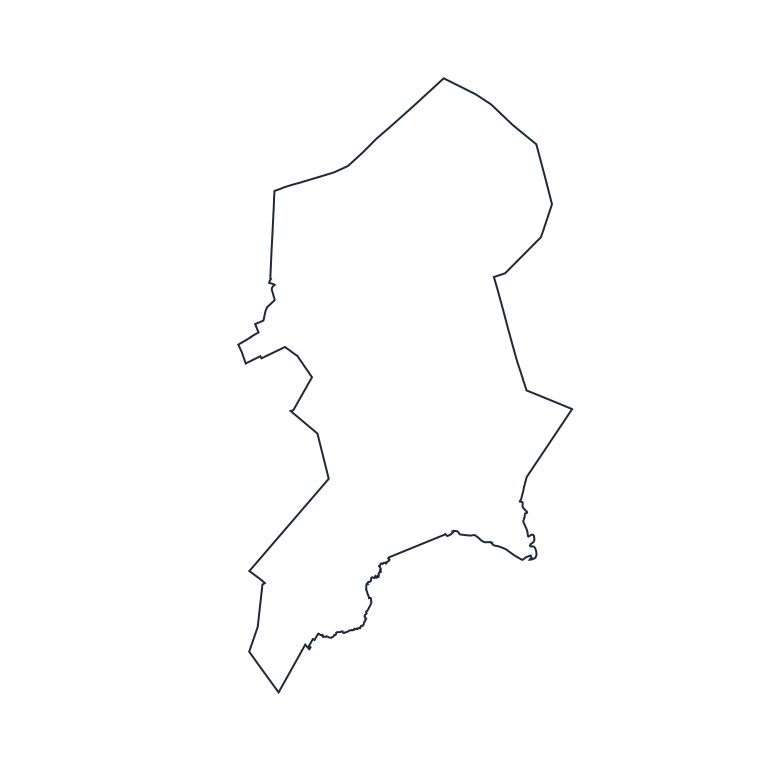 Hellendoorn, Overijssel, Netherlands (Mercator projection), rotated 148°
{"feature_id": "6326949B74345201863020", "entity_name": "Hellendoorn", "entity_type": "district", "adm_level": 2, "iso_a3": "NLD", "parent_name": "Netherlands", "parent_adm1": "Overijssel", "projection": "mercator", "projection_center": [6.481, 52.39], "detail": "fine", "context": "isolated", "style": "outline", "palette": "slate", "viewbox_px": 768, "rotation_deg": 148, "n_neighbors": 0, "source": "geoboundaries", "source_scale": "gbopen_adm2", "svg_char_len": 5950}
<svg xmlns="http://www.w3.org/2000/svg" viewBox="0 0 768 768"><g transform="rotate(148 384 384)"><path d="M171.4,611.6L210.4,604.3L243.2,598.7L260.5,596.0L268.6,594.1L279.3,591.6L298.9,588.0L314.1,589.9L348.7,599.3L354.9,601.2L363.1,603.4L366.6,604.2L367.5,604.2L372.1,605.2L374.5,605.8L378.1,600.8L384.6,591.2L387.5,587.1L396.9,573.5L408.2,557.4L424.6,533.6L424.2,533.0L425.9,532.1L426.6,531.8L427.8,530.6L426.8,529.6L425.9,528.5L425.2,527.7L424.2,526.1L426.8,525.5L427.5,525.2L428.4,524.6L429.1,523.7L432.0,513.6L432.4,513.0L442.4,511.1L445.9,508.6L452.4,501.9L452.8,501.7L461.5,503.1L463.1,494.2L466.6,494.4L472.2,494.5L472.2,494.2L486.7,494.6L487.8,485.9L490.4,474.7L474.1,473.1L474.3,470.7L453.2,468.4L448.4,467.9L442.8,454.0L442.6,454.0L441.5,427.9L474.6,409.9L477.5,410.5L466.7,377.2L481.1,332.9L597.3,296.7L592.4,284.2L590.5,278.3L593.4,278.3L619.6,245.2L620.1,244.7L640.2,228.4L638.7,205.4L636.8,178.3L588.9,204.7L588.0,198.7L587.8,198.6L585.8,199.7L585.9,200.0L586.2,200.4L586.7,201.4L579.5,205.4L579.0,204.7L578.6,203.7L572.9,206.8L572.7,206.6L572.0,207.0L571.6,206.5L571.3,206.0L571.1,205.3L570.7,204.7L569.3,203.9L569.1,203.7L569.0,203.4L569.1,202.9L569.2,202.7L569.9,202.6L569.9,202.2L569.8,201.9L568.8,201.4L567.9,200.8L567.5,200.5L566.8,200.7L566.2,200.3L565.7,199.6L565.2,198.5L564.7,197.9L563.8,197.2L563.2,196.8L560.4,196.7L559.5,197.3L559.2,197.4L558.6,197.0L558.0,196.9L557.4,197.2L556.7,198.0L556.4,198.2L556.0,198.4L555.7,198.4L555.4,198.4L552.8,196.9L551.5,196.7L551.1,196.5L550.6,196.1L550.3,196.1L550.3,195.9L550.4,195.1L550.3,194.4L549.6,193.9L548.8,194.0L547.7,193.6L547.0,193.4L546.7,193.4L545.5,193.2L544.4,193.3L543.7,193.1L542.6,192.9L542.2,192.7L541.7,192.0L541.6,191.9L541.0,191.9L540.2,191.7L539.7,191.4L539.3,191.5L539.0,192.0L538.8,192.0L538.4,191.7L537.6,190.9L536.8,191.0L536.5,190.4L536.3,190.2L536.1,190.3L535.9,190.5L535.2,190.3L534.9,190.5L534.2,190.0L533.6,189.6L533.2,189.8L532.6,190.6L532.2,190.9L531.8,191.0L531.1,190.9L530.6,190.3L530.3,190.2L529.6,190.6L528.7,190.8L528.4,191.0L528.0,191.7L527.1,192.3L526.8,192.7L526.5,192.7L525.5,193.0L525.2,193.4L524.6,193.7L524.5,193.8L524.4,194.4L523.5,194.4L523.4,194.9L523.6,195.8L523.6,196.5L523.5,197.0L523.6,197.4L523.5,197.5L523.1,197.6L522.8,198.0L522.2,198.3L521.2,198.5L520.9,198.5L520.4,198.6L520.3,199.4L520.2,199.9L520.0,200.1L519.5,200.5L519.1,200.4L518.5,200.5L517.9,200.8L517.2,201.1L512.6,203.8L510.3,205.6L510.0,206.7L509.6,207.5L508.8,208.9L508.6,209.5L508.8,209.8L510.2,210.4L509.9,210.9L509.4,212.6L509.4,212.8L509.2,213.7L509.2,214.0L509.3,214.7L508.7,215.9L508.4,217.5L508.1,218.3L508.2,219.2L507.5,219.7L506.9,220.8L505.5,222.7L505.1,223.3L504.4,223.4L503.9,223.0L503.9,223.9L503.6,223.9L503.4,223.8L502.3,224.4L501.9,224.3L501.6,224.2L501.4,223.9L499.9,223.8L499.3,224.2L498.8,224.6L497.6,226.1L497.1,226.5L496.8,226.5L496.3,226.2L495.2,224.8L495.1,224.7L494.2,225.0L493.2,225.7L492.9,225.7L492.9,224.8L493.3,224.1L493.3,223.8L492.7,223.8L492.4,224.3L492.1,224.4L491.2,224.5L491.1,224.4L491.0,223.9L491.2,223.3L491.1,223.2L490.6,223.5L490.1,224.5L489.7,224.7L489.6,224.9L489.5,225.5L489.2,225.8L488.9,226.0L488.6,226.0L488.1,226.4L487.9,226.7L487.6,226.8L487.3,226.6L486.8,226.3L486.4,226.3L486.2,226.4L485.9,226.8L485.9,227.0L486.2,227.6L486.2,227.8L486.2,228.1L486.0,228.3L485.0,228.6L484.7,228.7L484.6,228.9L484.6,229.2L484.7,229.3L484.5,231.2L484.7,231.8L484.8,232.1L484.7,232.2L484.6,232.3L483.2,232.3L482.1,233.2L481.6,233.4L481.1,233.1L480.5,232.2L480.4,232.2L480.0,232.4L479.5,232.3L479.0,232.5L478.3,232.0L477.7,231.9L477.4,230.8L477.4,230.7L476.9,230.7L476.0,231.6L473.7,231.4L473.1,231.6L472.3,232.2L472.3,232.3L472.3,232.9L472.8,233.4L472.9,233.5L472.9,233.8L472.6,234.0L472.2,234.2L471.3,234.3L412.9,224.2L411.5,224.3L411.0,221.7L410.7,221.5L410.0,221.3L407.7,221.1L406.1,221.2L404.0,221.7L404.0,222.8L402.9,222.6L402.4,222.1L401.7,221.8L400.9,221.2L400.3,220.7L399.9,220.2L399.7,219.7L399.5,218.7L399.5,217.0L399.4,216.4L399.1,216.0L394.3,212.1L391.2,209.8L389.9,209.1L389.2,208.9L388.4,208.5L387.2,207.8L387.0,207.6L385.2,203.0L384.7,200.6L384.3,199.5L383.9,198.6L382.3,196.3L380.6,195.3L379.9,195.0L378.1,193.8L377.7,193.7L377.3,193.2L377.7,193.3L377.3,192.8L376.9,191.3L376.8,190.1L376.4,189.2L376.0,188.6L375.0,187.5L374.6,187.1L373.8,186.7L371.2,183.5L368.8,180.2L367.7,178.2L366.9,175.9L366.2,174.4L365.9,173.5L365.4,172.5L365.1,171.4L364.7,170.6L364.3,169.6L360.1,161.7L359.9,161.6L359.5,161.5L354.7,161.8L353.1,161.3L351.9,161.1L350.5,160.8L350.7,159.8L350.7,159.2L350.8,158.8L350.9,158.4L351.0,158.2L351.5,158.0L352.0,158.2L352.2,157.9L353.0,158.0L353.5,157.8L351.9,157.0L350.0,156.8L349.5,156.4L348.4,156.4L347.5,156.6L346.4,157.3L345.5,158.1L344.9,158.8L343.9,160.7L343.5,161.7L343.3,162.5L343.1,163.6L342.9,164.5L342.9,165.6L343.0,166.3L343.1,166.6L343.9,167.4L345.9,168.7L345.9,169.2L345.9,169.4L345.6,169.7L344.6,170.4L343.8,170.5L341.9,170.6L341.0,170.7L340.7,170.9L339.7,171.5L339.5,171.9L338.9,172.5L338.7,172.9L338.2,173.5L337.4,175.8L337.3,176.3L337.4,176.9L337.7,177.3L338.2,177.7L339.6,178.1L342.0,177.9L342.3,178.0L342.5,178.6L342.5,178.9L342.3,179.3L341.1,181.7L340.6,183.0L340.0,185.4L339.8,186.3L339.8,187.0L338.9,193.3L338.3,194.1L335.3,196.6L334.8,197.3L333.3,199.1L332.9,199.4L331.2,199.0L330.9,199.1L330.7,199.2L330.6,199.4L330.5,200.3L331.1,202.1L331.1,202.6L331.4,203.9L331.6,204.9L331.6,205.9L331.5,206.5L331.3,206.9L329.3,209.8L329.3,210.0L329.2,210.2L329.4,210.7L329.8,211.2L330.6,211.8L331.1,212.3L330.8,212.7L329.7,213.1L328.9,213.5L328.7,213.7L323.1,219.0L322.4,219.6L319.7,222.7L318.4,223.7L315.6,226.4L314.8,227.1L314.4,227.5L312.3,229.5L237.8,263.0L238.2,263.7L254.6,286.5L266.5,303.0L263.8,314.0L261.9,321.1L261.2,324.0L259.1,332.6L258.1,336.2L254.1,349.7L249.8,364.1L243.3,385.1L237.3,405.2L234.1,416.5L222.6,413.7L173.2,425.3L167.8,429.6L146.3,447.4L138.7,471.2L127.8,506.5L137.6,535.4L145.0,564.3L152.8,581.2L171.4,611.6Z" fill="none" stroke="#1e293b" stroke-width="2"/></g></svg>